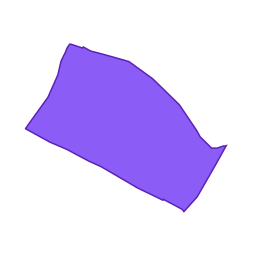 outline of San Bartolomé Quialana, Oaxaca, Mexico, rotated 283°
{"feature_id": "50627088B34817087326537", "entity_name": "San Bartolomé Quialana", "entity_type": "district", "adm_level": 2, "iso_a3": "MEX", "parent_name": "Mexico", "parent_adm1": "Oaxaca", "projection": "mercator", "projection_center": [-96.492, 16.896], "detail": "fine", "context": "isolated", "style": "filled", "palette": "violet", "viewbox_px": 256, "rotation_deg": 283, "n_neighbors": 0, "source": "geoboundaries", "source_scale": "gbopen_adm2", "svg_char_len": 897}
<svg xmlns="http://www.w3.org/2000/svg" viewBox="0 0 256 256"><g transform="rotate(283 128 128)"><path d="M132.9,227.7L132.3,226.6L132.1,225.6L131.6,224.2L131.0,223.6L129.7,221.3L128.6,219.7L127.2,214.0L135.7,200.2L140.7,195.8L162.2,172.8L181.5,141.0L188.7,124.0L189.3,122.5L190.0,120.9L190.8,119.1L191.5,117.4L192.3,115.6L192.6,114.8L192.9,114.0L193.0,113.7L193.0,112.4L193.0,112.0L193.1,111.4L194.2,88.3L194.6,74.3L196.9,66.2L195.7,65.7L196.8,53.5L196.5,52.2L194.1,51.3L192.3,50.7L190.6,50.4L188.2,50.1L186.6,49.7L186.0,49.6L184.7,49.2L183.2,48.9L181.2,48.4L180.7,48.3L180.4,48.2L178.9,47.9L177.3,47.7L164.1,47.7L155.1,46.0L140.0,43.1L135.0,41.0L124.5,36.6L111.1,31.0L104.5,28.3L104.2,28.4L96.6,55.2L95.5,61.6L93.4,73.2L86.8,97.6L84.3,110.4L71.6,151.2L65.5,178.3L66.4,178.6L60.9,199.2L59.1,201.3L76.5,210.9L108.4,220.6L132.9,227.7Z" fill="#8b5cf6" stroke="#5b21b6" stroke-width="1.5"/></g></svg>